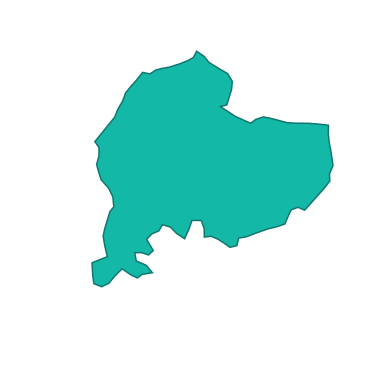 Santiago do Sul, Santa Catarina, Brazil (Natural Earth projection), rotated 123°
{"feature_id": "56859067B60132892344314", "entity_name": "Santiago do Sul", "entity_type": "district", "adm_level": 2, "iso_a3": "BRA", "parent_name": "Brazil", "parent_adm1": "Santa Catarina", "projection": "natural_earth1", "projection_center": [-52.689, -26.628], "detail": "fine", "context": "isolated", "style": "filled", "palette": "teal", "viewbox_px": 384, "rotation_deg": 123, "n_neighbors": 0, "source": "geoboundaries", "source_scale": "gbopen_adm2", "svg_char_len": 1381}
<svg xmlns="http://www.w3.org/2000/svg" viewBox="0 0 384 384"><g transform="rotate(123 192 192)"><path d="M145.9,87.6L117.1,83.2L107.8,82.4L101.8,86.6L93.1,88.1L86.3,94.0L81.2,98.6L74.7,104.8L68.9,109.4L61.7,113.9L66.7,124.0L71.1,132.0L77.0,141.2L82.0,149.8L84.6,157.8L86.9,164.8L90.1,173.0L96.3,178.0L102.4,180.3L105.0,196.7L104.9,214.6L99.9,210.2L92.5,212.4L84.6,214.6L77.3,218.4L73.3,226.7L73.9,238.7L74.1,248.5L71.7,255.5L71.4,264.8L78.2,264.1L83.6,266.7L91.6,272.4L100.0,279.4L105.0,284.8L109.6,288.9L115.9,291.6L118.6,298.6L127.9,299.4L137.3,300.9L145.1,301.6L154.0,299.7L163.0,299.3L171.1,297.6L202.6,300.9L205.4,294.2L212.4,289.7L220.9,287.0L226.1,281.1L231.1,275.1L234.2,264.1L239.2,255.7L247.1,249.5L253.2,250.2L261.9,247.6L270.7,245.1L277.4,242.5L284.8,235.7L292.3,227.8L305.8,237.3L311.0,233.5L316.2,229.7L322.3,224.4L320.7,216.2L313.8,212.0L304.7,211.0L294.5,208.8L294.8,198.1L293.9,191.1L288.2,188.9L281.2,181.3L278.4,190.7L280.2,201.2L274.1,206.9L270.3,201.2L268.5,194.2L262.2,192.6L256.4,204.3L248.9,202.8L242.7,198.6L235.5,199.0L233.2,191.1L235.2,182.1L235.2,172.7L225.3,174.3L215.8,176.5L210.8,168.6L216.2,161.8L223.1,157.1L218.7,151.9L217.5,144.7L217.4,137.3L217.7,130.0L212.5,125.1L205.3,127.8L200.1,122.1L191.0,115.5L182.0,108.6L174.9,101.9L168.3,96.7L159.2,98.3L152.8,99.0L147.1,94.8L145.9,87.6Z" fill="#14b8a6" stroke="#0f766e" stroke-width="1.5"/></g></svg>